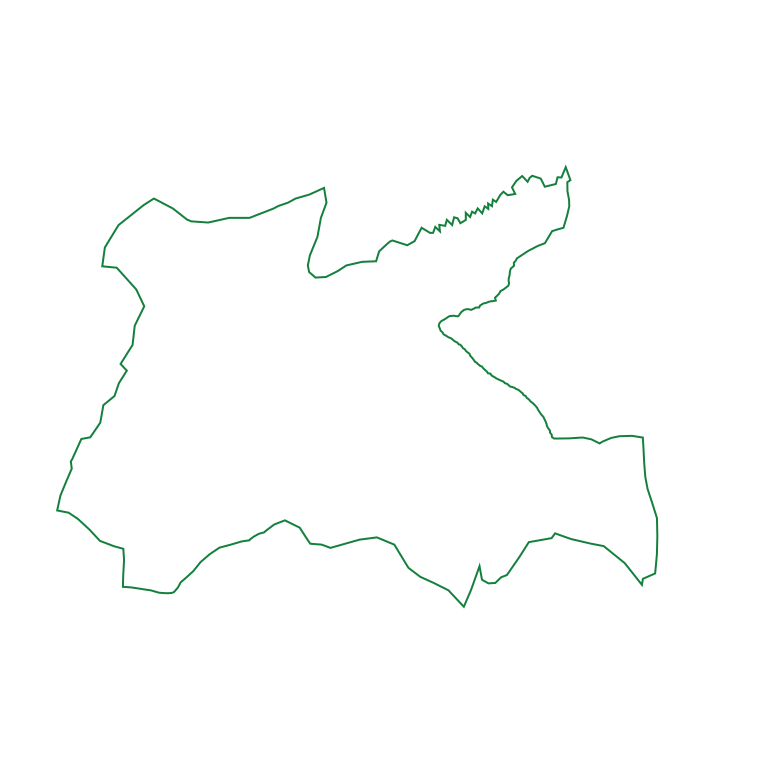 outline of Dabola, Dabola, Guinea, rotated 10°
{"feature_id": "49546643B93693461345641", "entity_name": "Dabola", "entity_type": "district", "adm_level": 2, "iso_a3": "GIN", "parent_name": "Guinea", "parent_adm1": "Dabola", "projection": "natural_earth1", "projection_center": [-10.933, 10.773], "detail": "fine", "context": "isolated", "style": "outline", "palette": "green", "viewbox_px": 768, "rotation_deg": 10, "n_neighbors": 0, "source": "geoboundaries", "source_scale": "gbopen_adm2", "svg_char_len": 4018}
<svg xmlns="http://www.w3.org/2000/svg" viewBox="0 0 768 768"><g transform="rotate(10 384 384)"><path d="M672.9,537.0L672.8,530.9L683.9,523.5L683.4,516.9L682.3,504.1L679.6,486.3L676.1,468.7L669.0,455.0L661.8,441.6L657.5,430.2L654.2,417.6L649.7,398.0L648.2,391.8L637.2,392.0L624.7,394.6L617.0,397.7L608.9,403.0L606.7,405.1L597.9,402.5L589.0,402.2L575.7,405.4L561.0,408.2L558.6,407.1L557.9,404.7L555.9,403.0L555.5,401.0L553.3,399.0L551.7,397.0L551.0,395.1L549.5,392.6L547.9,390.5L546.6,388.6L544.8,387.3L543.0,385.6L541.6,384.1L540.2,382.6L538.7,380.6L536.3,378.7L534.7,377.6L533.2,376.6L531.4,375.8L529.1,373.8L527.1,373.0L525.5,371.1L523.5,370.8L522.2,369.1L521.1,368.6L518.6,367.1L517.3,366.4L514.8,365.9L513.3,365.1L511.0,364.7L508.6,364.6L506.7,363.4L505.3,362.5L502.9,362.2L501.3,360.9L499.7,360.6L494.0,359.1L493.6,359.0L492.0,358.2L488.5,357.0L487.0,355.3L484.5,355.4L483.3,354.0L481.0,352.6L479.2,351.4L477.3,349.7L475.8,349.6L473.9,348.5L473.1,348.1L472.8,347.9L471.4,346.8L470.0,346.5L468.6,345.1L466.5,343.1L464.0,341.2L462.9,339.3L461.3,338.6L459.2,337.4L457.4,335.7L455.5,335.0L454.2,333.5L452.2,332.0L450.7,332.0L449.1,330.5L446.3,329.7L444.1,328.5L442.1,327.3L439.4,326.8L436.3,325.5L434.1,324.8L432.6,323.0L430.4,321.5L429.2,319.4L427.8,317.3L428.0,314.7L429.1,312.6L431.1,310.8L433.0,309.3L435.0,307.3L437.0,305.6L438.2,305.4L440.8,304.6L442.5,304.7L445.1,304.5L446.0,303.4L446.5,302.0L447.7,299.6L450.1,297.0L452.4,296.0L454.2,295.6L455.4,295.8L457.1,295.8L459.7,294.0L461.0,292.8L464.5,292.1L464.9,290.1L467.8,287.5L470.4,286.4L473.4,284.6L475.1,283.9L477.0,283.5L479.6,282.4L478.9,280.9L478.4,279.7L480.0,277.5L481.6,275.2L482.7,272.1L485.0,270.4L486.8,268.5L489.3,265.7L489.8,263.4L488.8,260.7L488.5,257.9L488.8,255.4L488.5,251.3L488.8,248.4L491.5,245.0L490.8,242.0L492.2,239.9L493.1,237.2L493.8,236.5L503.0,227.8L511.5,221.3L518.0,217.4L523.0,204.3L528.5,201.4L533.6,199.0L535.0,187.1L535.6,176.8L534.3,170.6L531.2,162.3L529.5,153.4L532.2,150.9L525.3,138.9L522.9,149.8L519.0,150.3L518.5,157.2L508.1,161.8L502.7,154.5L493.8,153.2L491.7,155.6L490.3,159.9L484.0,155.2L479.1,160.9L475.9,168.1L480.2,174.1L473.0,176.6L468.2,173.9L465.7,177.6L464.0,182.2L462.8,185.2L459.2,183.6L459.4,190.1L455.2,188.2L456.3,193.4L452.3,191.5L451.1,198.9L445.8,194.8L444.1,200.2L440.8,199.0L439.8,204.6L434.8,201.2L436.1,208.2L431.3,212.4L427.7,208.0L424.1,207.7L423.5,215.6L417.4,211.4L416.8,217.6L410.8,217.7L412.6,224.0L407.2,220.4L406.1,226.6L403.1,227.2L393.9,223.6L389.3,238.0L382.8,243.3L367.3,241.2L365.1,242.7L362.6,245.7L356.2,254.2L354.9,264.5L341.2,267.5L326.3,273.8L319.0,280.7L308.2,288.7L298.0,291.1L290.8,286.7L288.4,280.4L288.7,270.1L292.9,250.6L293.0,231.3L295.9,215.5L290.9,201.3L277.6,210.4L264.6,216.8L258.0,222.1L249.1,227.0L244.4,230.6L222.8,243.7L202.6,247.3L182.9,255.5L166.0,257.3L161.3,256.2L145.6,247.8L125.2,241.3L116.2,249.6L94.9,273.7L85.4,298.0L86.1,317.0L100.6,315.9L123.6,333.9L134.4,349.1L128.4,369.9L129.6,389.2L121.1,410.0L128.4,415.5L122.8,429.2L120.7,442.6L111.3,453.6L111.3,471.3L104.0,487.5L95.5,490.7L89.9,512.5L89.0,514.6L91.2,521.6L88.1,534.7L84.7,550.1L84.1,565.3L95.7,565.5L105.9,570.0L118.9,578.3L131.5,587.8L145.9,590.6L155.9,591.6L158.6,602.6L160.4,617.7L162.1,629.1L170.4,628.2L178.1,628.0L183.8,627.9L190.2,627.7L198.8,628.6L203.1,628.2L207.9,627.5L211.3,626.6L213.3,625.4L213.4,625.2L216.4,620.2L218.2,614.7L222.9,608.9L228.7,601.4L234.3,591.2L241.9,581.9L250.4,573.7L260.2,569.2L271.5,563.6L278.6,561.3L279.1,560.2L282.4,556.8L286.7,553.3L289.1,552.1L291.8,550.9L292.5,549.9L293.1,549.2L294.7,547.4L300.2,541.5L307.9,536.8L310.1,535.5L325.9,540.1L332.6,547.3L339.1,554.1L350.5,553.0L359.7,554.7L387.0,541.5L403.6,536.3L422.1,540.4L424.6,543.3L440.0,560.8L453.2,567.6L467.6,571.3L483.3,576.0L501.3,589.5L505.5,571.6L509.7,546.8L514.4,559.5L514.6,559.8L521.5,562.2L528.2,560.6L532.9,554.0L538.2,550.8L547.1,531.5L554.1,514.6L575.8,506.7L578.4,501.4L595.1,504.2L615.5,505.3L628.5,505.5L652.2,518.6L672.9,537.0Z" fill="none" stroke="#15803d" stroke-width="2"/></g></svg>